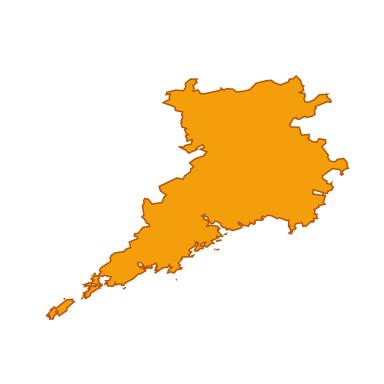 Skibbereen-West Cork Lea-5, Cork, Ireland (Equal Earth projection), rotated 354°
{"feature_id": "5873133B33035753150692", "entity_name": "Skibbereen-West Cork Lea-5", "entity_type": "district", "adm_level": 2, "iso_a3": "IRL", "parent_name": "Ireland", "parent_adm1": "Cork", "projection": "equal_earth", "projection_center": [-9.179, 51.623], "detail": "fine", "context": "isolated", "style": "filled", "palette": "amber", "viewbox_px": 384, "rotation_deg": 354, "n_neighbors": 0, "source": "geoboundaries", "source_scale": "gbopen_adm2", "svg_char_len": 6035}
<svg xmlns="http://www.w3.org/2000/svg" viewBox="0 0 384 384"><g transform="rotate(354 192 192)"><path d="M307.7,87.6L304.3,90.0L300.7,89.9L299.2,92.5L291.2,94.8L284.9,91.7L282.9,89.3L278.0,89.0L267.2,90.5L260.2,96.2L254.6,97.2L246.4,97.1L243.7,94.1L237.5,92.9L234.2,93.9L231.7,91.7L231.4,93.7L215.3,95.6L211.0,95.2L208.6,91.0L203.4,91.9L205.1,89.0L203.8,86.6L208.5,83.5L207.2,82.0L208.8,80.3L202.5,79.5L196.8,83.1L196.6,87.4L194.1,90.4L186.6,89.0L177.4,90.2L176.4,92.5L180.6,92.3L179.2,95.4L179.7,97.2L172.6,100.2L183.6,105.4L184.2,109.2L191.0,111.4L189.6,114.6L190.7,115.5L190.1,117.7L188.6,119.8L189.3,121.5L188.3,122.1L189.0,126.5L193.2,128.3L191.2,129.2L192.5,133.8L194.3,134.6L191.4,135.6L192.6,139.5L192.1,140.8L197.8,140.1L196.3,144.2L190.0,145.0L188.6,146.6L183.4,145.4L190.4,149.9L192.7,153.0L201.7,150.2L200.8,149.2L201.9,148.3L207.9,146.0L208.9,149.0L204.7,150.4L210.9,153.6L207.3,157.2L198.4,159.4L192.6,162.9L196.4,167.1L193.3,168.8L192.2,172.2L186.5,175.1L184.3,178.6L178.5,176.4L159.9,183.0L160.8,187.7L166.1,192.2L163.1,194.8L161.4,199.2L151.0,199.9L148.0,194.7L144.3,193.6L143.1,195.3L143.1,198.7L141.3,200.1L141.8,209.9L139.5,211.6L142.2,214.4L143.6,218.5L145.6,219.1L146.1,221.7L139.5,222.0L134.3,227.4L130.7,227.5L130.0,229.7L132.9,230.8L133.2,232.6L124.4,235.2L125.2,240.9L121.1,241.6L117.9,244.1L109.0,244.6L105.2,246.5L103.8,248.5L103.9,252.5L93.1,258.1L91.8,260.7L93.4,261.9L91.0,264.0L91.2,265.2L94.0,266.8L96.1,265.7L102.7,268.0L100.3,271.4L96.9,271.3L97.7,272.3L95.2,275.0L98.5,273.6L98.1,276.5L102.6,277.5L104.5,276.9L106.4,274.1L106.6,276.3L112.2,275.9L112.2,277.5L114.4,277.7L115.3,275.8L124.9,272.0L130.2,267.7L131.8,268.2L137.6,265.6L135.5,263.3L135.8,260.1L133.0,261.1L133.7,262.8L131.1,259.5L130.4,257.5L131.1,256.5L134.1,256.9L136.0,259.5L136.8,262.6L140.5,261.0L139.8,263.1L142.2,262.5L142.6,263.8L144.7,262.9L143.5,260.7L148.9,259.2L149.4,261.8L148.4,263.0L149.3,262.9L147.1,265.8L149.2,265.7L149.3,266.2L146.5,268.9L155.4,264.3L160.1,264.3L161.9,262.0L162.0,264.3L164.2,264.7L160.5,267.1L159.3,270.0L162.5,269.2L165.6,270.7L169.1,267.5L173.3,267.5L174.1,266.6L172.7,266.3L171.6,264.2L172.6,263.2L170.8,261.3L175.2,257.5L174.4,257.0L175.5,255.7L182.5,256.1L183.0,254.6L182.1,253.9L185.3,251.6L182.9,250.2L183.1,249.1L189.6,245.7L190.0,243.8L191.4,243.5L190.5,242.0L193.2,243.4L188.3,250.3L189.5,251.2L192.2,251.0L194.1,249.0L196.8,249.5L197.6,247.9L196.9,246.7L194.6,246.2L195.7,244.5L200.4,243.2L198.2,246.5L200.8,248.4L206.0,245.2L208.3,245.3L205.9,242.6L213.1,240.3L211.3,237.9L213.5,239.4L217.7,239.0L213.7,234.2L214.4,233.0L213.5,232.5L215.9,231.1L214.1,230.2L214.2,228.9L207.9,227.1L203.1,227.6L205.1,225.7L204.9,221.6L200.8,220.4L201.3,218.8L199.1,216.8L202.3,215.7L201.9,217.2L205.0,218.7L206.1,223.4L207.8,225.3L210.5,225.2L211.5,223.6L212.7,223.4L217.2,226.2L217.0,228.0L219.4,230.6L221.4,230.7L221.9,232.4L223.2,232.1L223.0,233.3L225.8,232.6L228.0,234.6L236.5,233.1L238.4,231.5L234.7,228.5L235.1,226.8L240.2,230.7L244.0,231.6L247.0,229.4L245.7,228.0L250.2,230.7L251.6,229.5L250.8,228.2L252.9,226.7L259.2,227.3L260.4,226.0L258.2,224.8L259.9,223.4L261.9,224.5L264.8,223.0L268.8,224.0L274.2,227.5L276.2,226.6L283.9,230.5L285.3,230.0L284.5,236.0L285.8,235.9L284.9,237.2L286.8,240.9L284.1,243.0L286.3,244.0L287.9,241.7L287.2,240.6L291.2,239.6L291.6,238.5L290.1,236.7L292.0,234.4L298.2,234.0L298.9,237.9L300.5,237.1L301.4,238.2L307.0,233.9L308.3,233.5L308.3,234.5L309.3,233.9L309.7,234.3L310.0,234.3L310.4,234.0L310.0,231.0L314.1,231.5L313.1,228.6L314.1,227.2L311.3,226.5L312.3,223.5L311.6,222.4L316.7,220.2L316.4,218.8L323.1,218.0L321.4,216.0L324.4,209.8L311.9,206.6L312.9,202.4L322.3,206.3L322.0,207.7L326.7,207.2L327.0,205.8L331.8,204.2L331.3,203.4L333.1,201.8L331.1,199.2L331.8,197.5L330.0,198.8L326.9,197.5L327.4,195.3L323.9,193.1L323.2,189.7L334.2,183.4L341.4,185.2L342.7,188.4L341.4,189.7L342.4,190.9L344.2,189.9L343.2,188.1L345.1,185.9L350.1,184.6L349.1,183.3L349.2,178.6L346.3,174.5L340.2,174.8L337.5,176.9L332.6,175.8L330.5,171.8L331.4,169.5L325.8,160.4L330.1,157.5L330.3,154.0L323.7,152.3L321.5,155.4L316.9,154.5L312.8,150.8L313.9,150.5L314.5,147.0L306.8,146.9L305.3,138.8L297.1,137.7L296.2,135.2L300.4,129.6L303.5,128.8L303.4,130.0L306.3,131.0L312.2,128.4L313.5,129.8L319.7,129.1L322.5,127.5L322.5,123.2L324.3,121.8L323.5,119.9L336.0,116.3L339.3,117.4L339.8,115.4L336.4,111.9L335.9,109.7L337.1,108.9L328.8,108.6L323.1,113.1L317.2,114.9L313.7,114.2L313.2,110.5L314.7,108.3L314.1,105.4L308.4,104.6L313.7,102.6L313.1,98.8L314.2,98.4L312.3,96.9L311.7,92.6L307.7,87.6ZM56.1,286.2L44.3,293.7L43.3,291.9L39.2,294.3L40.2,294.6L33.9,300.4L37.6,299.2L36.3,300.1L37.6,300.6L36.7,301.3L37.7,301.3L37.3,303.5L40.6,303.4L39.9,304.5L41.8,300.8L44.5,299.0L44.0,296.9L44.8,295.7L46.3,296.3L45.6,298.8L47.0,301.3L55.1,296.8L55.4,294.4L63.5,288.6L61.5,287.5L61.8,286.2L56.1,286.2ZM81.0,281.9L89.4,277.7L90.5,277.8L89.2,275.5L89.8,274.8L91.8,276.3L93.1,275.1L89.7,272.2L90.1,270.3L89.2,269.4L91.0,268.0L90.2,265.4L86.1,265.2L82.6,268.0L85.1,269.3L83.6,270.0L83.2,272.4L87.8,273.9L86.7,275.5L84.6,276.4L86.0,275.1L82.0,275.2L82.9,272.7L81.2,271.4L74.8,272.9L76.6,273.5L75.5,274.8L79.1,274.2L80.5,275.2L79.7,276.1L81.1,275.8L78.9,277.8L80.2,278.0L79.5,279.1L72.9,281.3L75.1,281.7L73.3,283.5L74.8,283.2L73.5,285.1L74.9,286.6L75.6,285.3L76.1,286.4L79.8,284.6L81.0,281.9ZM183.2,256.3L185.8,256.4L186.9,255.1L183.2,256.3ZM213.1,242.7L210.7,243.6L214.3,243.2L213.1,242.7ZM137.6,264.2L138.3,262.7L137.1,263.3L137.6,264.2ZM114.3,280.8L116.5,279.8L113.2,281.3L114.3,280.8ZM87.1,263.0L86.0,263.2L85.9,264.4L86.7,264.0L87.1,263.0ZM211.4,251.7L210.3,252.4L211.9,251.9L211.4,251.7ZM84.2,264.5L83.1,265.0L84.2,264.5ZM221.2,237.8L221.6,237.2L220.5,237.6L221.2,237.8ZM71.2,286.7L72.3,285.7L70.7,286.8L71.2,286.7ZM209.2,251.2L208.8,251.3L208.1,252.1L209.2,251.2ZM215.6,242.7L214.8,242.8L216.1,243.0L215.6,242.7ZM53.9,285.1L53.9,284.8L53.2,285.1L53.9,285.1ZM166.8,277.8L168.0,277.4L167.3,277.6L166.8,277.8ZM244.1,232.1L245.3,231.8L243.8,232.1L244.1,232.1Z" fill="#f59e0b" stroke="#b45309" stroke-width="1.5"/></g></svg>